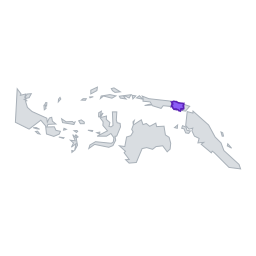 Jawa Barat highlighted on a map of Indonesia, rotated 180°
{"feature_id": "IDN-1223", "entity_name": "Jawa Barat", "entity_type": "Province", "adm_level": 1, "iso_a3": "IDN", "parent_name": "Indonesia", "parent_adm1": "", "projection": "orthographic", "projection_center": [107.637, -6.866], "detail": "fine", "context": "in_parent", "style": "filled", "palette": "violet", "viewbox_px": 256, "rotation_deg": 180, "n_neighbors": 0, "source": "natural_earth", "source_scale": "10m", "svg_char_len": 5603}
<svg xmlns="http://www.w3.org/2000/svg" viewBox="0 0 256 256"><g transform="rotate(180 128 128)"><path d="M88.8,104.2L93.3,110.2L100.0,109.4L103.4,106.7L109.3,108.4L113.9,107.4L119.7,93.5L126.9,92.9L130.4,96.3L126.8,96.5L131.9,103.3L130.5,104.7L136.6,110.2L131.2,109.5L129.4,119.0L125.2,120.3L122.9,124.1L124.3,126.7L122.7,131.0L114.7,136.2L113.0,131.4L109.7,132.5L106.3,129.7L100.2,132.9L99.4,129.4L92.0,129.8L90.6,121.1L86.9,118.7L85.3,112.7L85.9,106.9L88.8,104.2ZM15.4,87.1L27.0,88.6L42.0,103.6L43.8,104.8L44.7,103.2L54.8,111.7L52.3,113.6L58.1,113.1L56.9,117.6L61.6,119.9L64.1,125.3L63.2,127.9L67.0,126.8L70.3,130.5L68.8,144.4L63.1,142.9L63.0,144.9L47.4,131.0L40.9,119.0L35.0,113.1L32.1,105.4L17.0,91.6L15.4,87.1ZM240.6,133.7L238.8,167.2L235.0,162.1L235.6,160.7L230.2,162.0L231.3,158.7L229.9,156.9L230.4,156.6L231.3,156.8L231.8,156.7L229.3,155.2L230.5,154.9L228.6,148.6L224.0,144.5L209.2,137.8L208.7,133.8L206.6,138.0L204.3,138.7L203.6,134.8L200.1,132.0L208.1,131.6L209.2,129.0L201.7,129.2L200.0,125.6L195.6,124.7L196.8,121.9L202.2,119.6L209.5,122.0L210.4,130.1L215.2,135.8L226.9,126.9L240.6,133.7ZM166.1,111.0L160.5,114.3L144.7,112.7L142.7,114.0L142.1,118.2L145.1,122.5L149.6,119.8L158.9,119.8L148.5,125.2L153.1,130.6L152.9,134.2L155.9,138.3L149.5,140.0L149.7,136.6L146.1,133.5L147.0,129.6L145.0,129.1L143.0,130.5L143.6,144.1L139.2,144.1L139.7,136.0L138.9,133.3L135.9,132.6L135.5,129.1L139.3,119.9L141.0,119.7L140.3,115.8L143.1,110.4L147.2,108.7L161.4,111.6L167.2,107.5L166.1,111.0ZM70.5,144.9L82.1,146.8L83.8,149.4L92.8,150.3L94.9,147.6L103.6,150.3L105.9,154.1L113.0,154.8L112.9,158.0L113.8,159.9L107.1,157.3L80.0,154.3L66.3,149.7L70.5,144.9ZM180.0,112.3L184.6,108.8L182.5,113.0L185.6,115.8L180.7,115.2L183.3,121.4L179.8,117.9L178.5,110.8L181.4,105.5L180.0,112.3ZM182.1,131.5L193.4,133.4L194.4,137.2L189.9,134.2L183.6,134.5L181.8,133.0L180.6,134.7L182.1,131.5ZM154.8,160.0L146.1,161.4L140.1,160.1L144.1,157.8L152.5,160.0L155.6,157.5L154.8,160.0ZM129.9,157.0L135.7,157.9L136.7,159.8L124.9,161.3L126.9,158.0L130.9,160.0L132.2,159.3L129.9,157.0ZM165.2,162.1L165.2,165.8L158.6,168.9L159.1,165.4L165.2,162.1ZM70.3,123.1L72.0,127.2L74.3,127.7L73.5,130.3L70.1,129.0L69.0,125.7L65.6,125.0L67.3,122.6L70.3,123.1ZM228.6,162.0L224.7,162.3L226.9,158.3L229.9,157.6L230.8,159.2L228.6,162.0ZM141.0,163.6L143.6,165.4L144.7,167.4L142.0,168.1L135.7,164.2L141.0,163.6ZM175.6,132.3L177.3,135.2L174.7,136.1L171.7,133.9L171.8,132.3L175.6,132.3ZM113.3,156.8L119.5,158.1L116.6,160.3L113.3,156.8ZM123.1,157.1L123.9,160.7L120.2,160.1L123.1,157.1ZM81.5,128.4L78.4,131.0L78.7,127.7L81.5,128.4ZM211.7,146.2L212.1,150.7L210.9,150.9L209.9,147.6L211.7,146.2ZM111.4,150.5L106.5,151.8L104.5,151.0L111.4,150.5ZM157.4,139.2L157.3,143.2L154.6,144.8L155.8,139.5L157.4,139.2ZM24.4,107.8L28.7,110.1L28.2,112.2L24.4,107.8ZM35.0,124.0L33.3,123.2L32.5,119.9L33.8,119.8L35.0,124.0ZM196.0,158.6L195.2,157.0L197.7,154.1L197.5,156.8L196.0,158.6ZM192.6,117.6L197.2,119.0L192.0,118.3L192.6,117.6ZM163.7,124.5L168.1,125.8L163.3,125.5L163.7,124.5ZM155.3,141.1L152.9,143.0L155.0,139.5L155.3,141.1ZM216.0,121.9L218.3,122.4L220.5,124.5L218.4,124.8L216.0,121.9ZM174.6,155.9L172.9,157.3L169.7,157.3L170.6,155.7L174.6,155.9ZM211.3,151.4L210.2,153.5L209.1,153.3L209.4,150.0L211.3,151.4ZM182.0,125.3L179.1,125.5L178.3,124.7L179.5,123.5L182.0,125.3ZM216.4,126.8L219.7,127.3L222.8,128.3L219.8,128.5L216.4,126.8ZM156.3,121.8L159.3,123.3L156.2,123.9L156.3,121.8ZM184.2,105.5L182.2,105.1L184.1,103.6L184.2,105.5ZM162.7,159.3L166.0,158.2L166.4,159.0L162.7,159.3ZM192.5,125.9L192.0,127.7L189.6,126.7L190.8,126.2L192.5,125.9ZM123.0,134.2L121.7,135.5L122.8,131.6L123.0,134.2ZM179.2,118.3L180.7,120.8L180.1,121.2L177.9,119.1L179.2,118.3Z" fill="#d9dde1" stroke="#a8b0b8" stroke-width="1"/><path d="M75.2,145.8L75.3,145.7L75.3,145.4L75.4,145.2L75.5,144.9L75.7,145.0L75.8,145.0L76.0,145.2L76.1,145.3L76.3,145.2L76.7,145.1L76.9,145.2L77.1,145.2L77.2,145.4L77.4,145.7L77.5,145.9L77.7,146.1L77.9,146.2L78.1,146.3L78.4,146.3L78.6,146.5L78.8,146.5L79.0,146.6L79.2,146.4L79.3,146.4L79.4,146.5L79.4,146.4L79.5,146.3L79.8,146.3L79.8,146.6L80.1,146.7L80.3,146.8L80.6,147.0L80.8,147.0L81.0,147.1L81.3,146.9L81.4,146.7L81.5,146.6L82.0,146.6L82.2,146.8L82.3,147.1L82.7,147.6L82.8,147.7L83.1,147.9L83.3,148.8L83.5,149.3L83.8,149.3L84.0,149.5L84.4,149.6L84.7,149.4L84.7,149.5L84.8,149.5L85.0,149.6L84.9,149.6L84.6,150.0L84.5,150.3L84.4,150.5L84.4,150.8L84.3,151.0L84.2,151.0L83.9,151.2L83.8,151.3L83.6,151.2L83.4,151.3L83.3,151.6L83.2,152.0L83.3,152.2L83.5,152.2L83.5,152.3L83.8,152.3L83.8,152.5L84.0,152.5L84.1,152.9L84.2,153.3L84.1,153.5L84.5,154.0L84.4,154.0L84.1,154.0L83.9,154.0L83.7,154.2L83.2,154.1L82.9,154.5L82.7,154.7L82.0,154.7L81.1,154.6L80.1,154.3L79.9,154.3L79.7,154.4L79.5,154.1L79.4,154.1L79.2,154.0L78.9,154.0L78.8,153.9L78.7,153.8L78.6,153.7L78.3,153.5L78.1,153.4L77.7,153.3L77.7,153.2L77.4,153.1L77.1,153.1L76.8,153.1L76.5,153.0L76.3,153.0L76.2,153.0L76.0,152.9L75.8,152.9L74.6,152.8L74.2,152.8L73.3,152.7L72.8,152.6L72.6,152.5L72.5,152.4L72.4,152.4L72.2,152.5L72.2,152.4L72.1,152.1L72.1,151.9L72.1,151.7L72.3,151.5L72.4,151.4L72.5,151.4L72.6,151.2L72.8,150.9L72.9,150.6L72.9,150.4L72.6,150.4L72.3,150.3L72.2,150.5L72.2,150.4L72.2,150.2L72.3,150.0L72.5,149.7L72.7,149.4L72.6,149.2L72.4,149.2L72.2,148.1L72.2,147.9L72.3,147.8L72.4,147.6L72.3,147.4L72.3,147.2L72.5,147.1L72.6,147.3L72.8,147.2L73.0,147.2L73.2,147.3L73.4,147.4L73.9,147.4L74.1,147.3L74.0,147.2L74.0,146.9L74.1,147.0L74.3,147.2L74.5,147.1L74.9,147.3L75.0,147.3L75.0,147.1L75.1,146.8L75.2,146.7L75.2,146.4L75.2,146.1L75.2,145.8L75.2,145.8Z" fill="#8b5cf6" stroke="#5b21b6" stroke-width="1.5"/></g></svg>